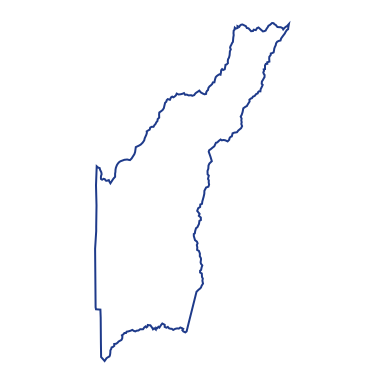 outline of Nova Brasilândia D'Oeste, Rondônia, Brazil
{"feature_id": "56859067B60784939031691", "entity_name": "Nova Brasilândia D'Oeste", "entity_type": "district", "adm_level": 2, "iso_a3": "BRA", "parent_name": "Brazil", "parent_adm1": "Rondônia", "projection": "equal_earth", "projection_center": [-62.21, -11.628], "detail": "fine", "context": "isolated", "style": "outline", "palette": "blue", "viewbox_px": 384, "rotation_deg": 0, "n_neighbors": 0, "source": "geoboundaries", "source_scale": "gbopen_adm2", "svg_char_len": 4833}
<svg xmlns="http://www.w3.org/2000/svg" viewBox="0 0 384 384"><path d="M196.1,293.4L196.5,291.8L198.6,289.7L199.9,288.7L201.0,287.5L201.7,285.6L203.0,283.6L202.4,280.7L202.8,278.6L202.0,277.0L201.8,273.5L200.1,272.5L200.1,270.7L201.1,269.9L201.6,267.4L202.3,265.4L201.0,263.8L200.6,262.3L201.0,259.6L200.9,258.2L199.8,256.2L199.9,253.6L198.9,250.9L197.1,249.9L197.3,247.3L196.8,245.0L197.6,243.3L196.9,241.6L195.0,240.1L193.8,236.0L193.8,234.0L194.8,233.4L195.2,231.0L196.0,228.2L197.4,227.2L199.0,223.9L199.4,220.9L200.9,220.0L200.8,217.5L198.8,215.8L199.6,213.9L197.2,210.9L198.2,208.2L200.1,207.0L200.3,204.5L202.0,203.8L202.3,201.5L203.6,196.9L204.3,193.8L204.4,190.8L206.1,187.5L208.4,186.7L209.1,184.6L208.7,182.5L208.8,180.4L208.0,178.9L208.8,175.6L207.6,174.3L207.5,171.0L208.3,168.7L208.5,165.5L209.4,163.5L211.8,161.2L211.1,158.8L210.4,156.5L208.7,151.7L209.2,150.2L210.7,149.2L212.7,147.5L214.3,146.3L215.9,142.8L217.3,142.4L218.8,140.9L220.6,139.5L221.7,140.3L223.6,140.0L225.3,140.3L227.6,141.4L229.2,139.8L229.5,138.2L230.5,136.9L231.8,136.4L232.6,133.3L234.4,132.6L235.5,132.5L237.0,132.2L238.3,130.5L241.1,128.2L242.1,126.1L241.3,124.0L241.7,122.2L241.3,120.4L241.6,118.6L240.7,116.6L241.7,114.8L242.6,112.0L243.3,108.3L245.4,106.8L246.9,106.0L247.5,104.8L248.2,103.7L249.6,101.5L249.4,99.7L250.9,98.5L251.9,98.2L253.0,96.6L254.6,96.0L256.1,94.1L257.7,93.4L258.1,92.1L259.0,91.3L260.4,91.3L260.6,89.4L261.9,86.7L262.7,84.9L261.7,83.8L261.9,81.5L263.0,79.8L263.7,78.4L264.5,77.2L264.6,75.0L263.7,73.7L263.3,72.3L264.0,70.9L263.7,69.4L265.0,69.1L265.0,65.4L265.8,63.9L267.3,63.8L267.2,62.3L269.4,61.6L269.2,58.8L269.3,56.8L270.7,55.0L270.8,53.5L272.1,53.1L273.6,52.4L274.0,50.5L274.3,48.5L274.9,46.9L275.7,45.3L276.1,43.3L277.2,41.7L278.8,40.9L280.5,40.5L281.1,38.5L282.6,36.4L283.8,34.8L284.8,33.5L285.6,31.9L286.8,30.1L288.1,29.2L288.3,27.3L288.9,24.0L287.0,26.1L285.8,26.8L284.5,27.9L283.2,29.4L282.5,28.1L280.7,27.2L279.1,27.2L277.4,27.0L275.6,24.8L274.4,24.3L273.6,23.2L272.1,23.0L269.7,25.1L268.5,25.7L267.6,27.4L266.7,28.6L265.6,30.6L264.1,31.2L262.9,31.4L258.5,27.5L257.1,28.1L255.8,30.1L253.7,29.7L253.0,31.0L251.1,31.2L249.6,29.5L248.5,28.3L246.8,28.0L245.9,26.2L242.5,24.5L241.2,24.7L240.2,25.4L239.2,26.9L237.5,26.1L237.6,28.0L235.8,28.6L234.8,27.7L234.5,29.7L233.7,30.6L233.5,33.2L233.7,35.1L233.3,37.4L232.9,41.9L232.1,43.0L231.2,45.0L230.4,46.4L230.1,47.8L230.8,49.3L229.9,51.3L229.6,55.2L229.0,57.6L228.1,59.2L227.8,60.9L227.9,63.2L226.7,64.4L225.5,64.8L225.2,66.9L224.7,69.3L223.1,70.0L222.1,69.1L221.2,70.2L220.9,72.8L220.5,74.7L219.4,74.3L217.9,75.2L216.7,76.1L215.7,77.2L215.0,79.5L214.4,82.3L212.9,82.4L212.1,84.1L210.9,85.3L209.5,86.4L208.4,88.0L208.0,90.0L207.0,90.9L206.2,92.4L206.1,93.9L204.6,94.3L202.9,93.6L200.8,92.4L199.3,90.6L197.8,91.7L196.5,92.5L195.4,93.4L194.2,95.1L192.2,95.8L191.2,95.2L190.1,95.3L188.6,95.4L186.8,94.6L185.1,94.8L184.0,93.1L182.7,93.7L180.9,94.2L178.6,94.5L176.7,93.6L175.9,95.4L174.4,96.7L173.3,97.3L172.2,96.6L171.0,97.4L169.9,99.8L167.8,99.1L166.7,100.2L166.3,101.7L165.1,102.8L163.8,108.2L162.7,109.9L161.4,111.0L159.3,112.5L159.1,114.4L159.2,117.6L157.7,119.1L157.4,121.1L156.3,122.3L155.5,124.0L154.4,125.2L153.5,126.8L151.7,126.8L150.2,127.6L149.7,129.6L148.1,130.5L146.7,131.4L146.9,132.8L146.3,134.8L144.7,138.3L144.2,140.4L142.7,142.6L140.7,144.6L138.8,145.7L135.8,147.1L135.1,152.0L134.4,154.1L131.6,158.5L130.0,160.1L128.8,159.9L127.2,159.5L124.4,159.8L120.6,161.2L119.3,162.0L118.0,163.4L116.9,165.1L115.9,167.7L115.5,169.8L115.4,172.0L115.1,173.6L115.1,176.8L113.4,178.7L112.4,180.2L110.4,183.3L109.3,181.4L108.8,180.1L106.8,180.8L105.8,180.6L104.8,179.2L103.7,178.8L102.1,179.7L101.0,179.0L100.9,177.6L101.0,176.1L101.6,174.2L101.3,172.3L100.1,169.8L99.6,168.0L98.3,167.7L96.7,166.3L96.0,185.3L96.5,205.6L96.2,226.6L96.2,231.1L95.1,248.8L95.6,307.3L96.0,309.3L100.4,309.6L100.7,317.8L100.9,342.2L101.1,357.0L102.0,358.0L103.5,359.7L104.6,361.0L105.6,359.6L106.5,358.2L108.0,357.2L109.4,356.5L110.0,355.0L110.3,352.9L110.4,350.4L111.2,348.9L111.6,347.4L113.0,346.9L114.3,345.8L114.2,344.0L116.3,343.7L117.7,342.6L118.6,341.5L119.9,340.8L121.4,340.0L122.2,338.5L122.4,336.6L121.9,335.3L123.2,334.5L124.4,333.0L126.0,333.0L126.6,331.7L128.3,331.4L130.6,330.7L132.3,329.9L133.8,330.9L135.3,331.4L136.6,330.7L138.5,330.5L140.2,329.2L141.8,329.3L143.1,329.2L144.3,327.4L145.6,326.4L146.4,327.4L147.4,326.7L147.8,325.0L149.0,325.2L150.4,325.3L152.4,328.1L153.0,329.3L154.2,328.3L155.8,329.6L156.1,327.8L157.1,328.3L158.4,326.8L159.4,327.6L161.0,325.1L162.3,323.5L164.7,324.8L164.7,326.9L166.4,327.7L167.8,326.9L169.0,328.3L170.3,328.7L171.8,328.8L173.2,329.9L175.3,328.8L177.1,328.4L178.8,328.6L180.3,327.5L181.9,328.1L183.2,328.9L182.3,330.1L183.3,331.4L185.3,332.4L186.6,331.4L188.8,322.5L196.1,293.4Z" fill="none" stroke="#1e3a8a" stroke-width="2"/></svg>